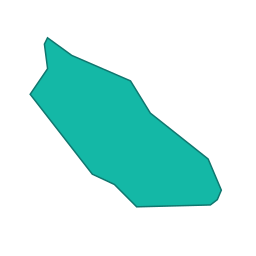 an SVG outline of Isle of Man, rotated 99°
{"feature_id": "IMN", "entity_name": "Isle of Man", "entity_type": "country or territory", "adm_level": 0, "iso_a3": "IMN", "parent_name": "Europe", "parent_adm1": "", "projection": "mercator", "projection_center": [-4.545, 54.233], "detail": "fine", "context": "isolated", "style": "filled", "palette": "teal", "viewbox_px": 256, "rotation_deg": 99, "n_neighbors": 0, "source": "natural_earth", "source_scale": "50m", "svg_char_len": 341}
<svg xmlns="http://www.w3.org/2000/svg" viewBox="0 0 256 256"><g transform="rotate(99 128 128)"><path d="M179.2,156.0L110.0,229.9L82.0,216.7L58.2,223.7L51.5,221.6L65.1,194.9L81.1,132.9L109.8,108.3L146.1,44.0L174.8,26.1L184.8,28.6L191.1,34.6L204.5,107.1L185.9,132.6L179.2,156.0Z" fill="#14b8a6" stroke="#0f766e" stroke-width="1.5"/></g></svg>